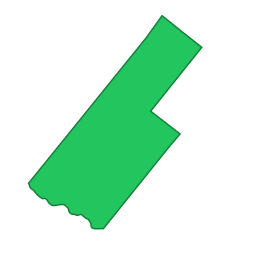 Vernon, Wisconsin, United States of America (Natural Earth projection), rotated 309°
{"feature_id": "52423323B99158038275435", "entity_name": "Vernon", "entity_type": "district", "adm_level": 2, "iso_a3": "USA", "parent_name": "United States of America", "parent_adm1": "Wisconsin", "projection": "natural_earth1", "projection_center": [-91.112, 43.577], "detail": "fine", "context": "isolated", "style": "filled", "palette": "green", "viewbox_px": 256, "rotation_deg": 309, "n_neighbors": 0, "source": "geoboundaries", "source_scale": "gbopen_adm2", "svg_char_len": 897}
<svg xmlns="http://www.w3.org/2000/svg" viewBox="0 0 256 256"><g transform="rotate(309 128 128)"><path d="M236.8,109.7L236.7,83.8L209.4,85.4L174.9,85.4L169.9,85.4L101.1,85.5L22.4,85.5L22.2,86.1L21.6,87.2L20.4,88.8L20.0,90.0L20.1,94.1L19.0,99.5L18.9,102.4L19.2,105.7L19.4,106.2L20.7,107.4L21.0,107.8L21.3,109.5L21.1,110.5L19.9,113.6L19.9,117.1L20.7,118.6L21.5,119.7L22.3,120.5L23.5,121.4L26.6,124.4L27.6,125.6L28.0,126.2L28.2,126.7L28.3,128.5L28.0,131.5L27.7,132.4L26.2,134.4L25.7,135.6L25.5,136.0L25.5,137.0L25.7,138.6L27.1,140.7L28.0,143.3L28.6,143.9L30.3,145.0L31.3,146.0L31.5,146.5L31.4,147.8L31.4,150.0L31.3,150.9L31.5,152.7L32.0,154.5L31.8,155.5L30.8,158.3L29.9,160.0L28.8,160.8L28.1,161.6L27.9,162.2L27.9,163.0L28.1,164.2L28.9,165.7L33.8,171.6L34.2,172.2L138.4,171.8L156.1,172.2L155.3,135.0L209.9,134.7L237.1,134.6L236.8,109.7Z" fill="#22c55e" stroke="#15803d" stroke-width="1.5"/></g></svg>